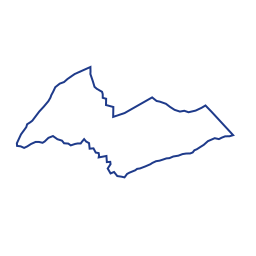 the district of Itaguajé, Paraná, Brazil, rotated 285°
{"feature_id": "56859067B84192248470394", "entity_name": "Itaguajé", "entity_type": "district", "adm_level": 2, "iso_a3": "BRA", "parent_name": "Brazil", "parent_adm1": "Paraná", "projection": "albers", "projection_center": [-51.978, -22.666], "detail": "fine", "context": "isolated", "style": "outline", "palette": "blue", "viewbox_px": 256, "rotation_deg": 285, "n_neighbors": 0, "source": "geoboundaries", "source_scale": "gbopen_adm2", "svg_char_len": 1461}
<svg xmlns="http://www.w3.org/2000/svg" viewBox="0 0 256 256"><g transform="rotate(285 128 128)"><path d="M82.0,25.5L82.5,29.1L81.9,32.8L84.1,35.4L87.5,38.5L90.6,42.3L91.5,45.7L91.6,49.3L93.4,51.0L97.9,53.7L100.8,57.6L98.9,62.7L98.7,67.5L96.7,70.2L97.5,74.4L96.4,77.2L98.9,81.0L100.0,83.3L100.8,86.3L102.9,87.1L105.9,88.5L104.1,91.0L103.3,94.3L98.1,96.3L99.4,99.9L95.9,103.2L96.2,106.1L94.2,107.1L92.0,107.3L95.4,114.4L89.6,116.4L90.7,119.6L88.6,120.5L83.6,118.9L79.6,122.9L81.9,125.9L78.8,130.1L79.3,134.4L79.4,137.4L83.4,139.0L85.2,140.9L89.0,145.9L90.9,147.4L92.0,150.0L95.4,154.7L98.8,159.0L100.5,160.5L103.2,163.7L104.6,166.9L106.4,169.7L108.6,173.0L109.6,175.8L112.2,179.1L114.3,183.8L116.9,187.4L118.4,190.8L119.5,194.6L121.1,196.8L123.7,197.9L125.2,199.9L128.5,202.9L131.3,205.5L136.0,208.6L140.6,214.4L140.8,218.7L142.9,221.0L145.1,224.0L146.3,228.2L148.3,231.4L165.3,204.5L169.8,197.0L166.5,193.8L162.3,188.8L158.9,182.4L159.2,177.9L157.3,173.9L157.6,168.3L159.3,163.0L161.2,158.4L161.7,151.9L161.5,148.6L163.8,143.4L141.6,120.9L134.9,110.8L144.5,108.4L144.5,100.8L150.6,99.3L150.6,95.8L154.2,94.8L156.2,93.6L157.8,87.7L159.1,85.0L163.8,82.1L170.4,77.7L172.7,77.2L177.2,75.9L172.0,69.5L166.4,62.6L163.5,60.1L159.7,56.9L155.8,54.3L153.2,50.6L148.6,47.2L143.6,46.3L139.8,45.4L137.2,45.2L133.2,44.1L126.8,41.1L120.9,38.0L110.3,33.7L108.2,32.1L105.5,29.6L102.5,29.5L94.2,26.3L84.5,24.6L82.0,25.5Z" fill="none" stroke="#1e3a8a" stroke-width="2"/></g></svg>